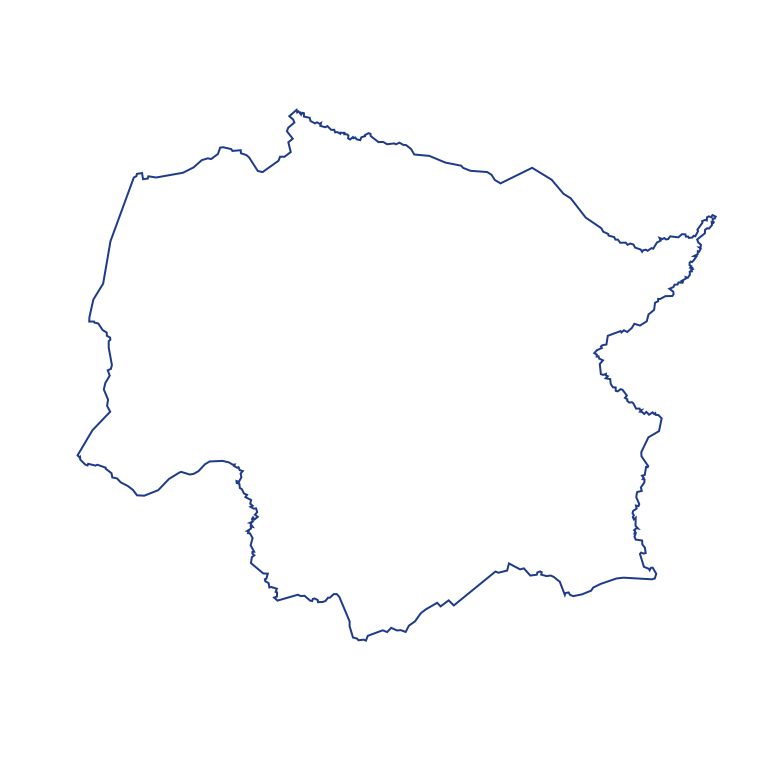 Mueang Udon Thani, Udon Thani, Thailand (Robinson projection), rotated 279°
{"feature_id": "78962969B37195167988634", "entity_name": "Mueang Udon Thani", "entity_type": "district", "adm_level": 2, "iso_a3": "THA", "parent_name": "Thailand", "parent_adm1": "Udon Thani", "projection": "robinson", "projection_center": [102.8, 17.39], "detail": "fine", "context": "isolated", "style": "outline", "palette": "blue", "viewbox_px": 768, "rotation_deg": 279, "n_neighbors": 0, "source": "geoboundaries", "source_scale": "gbopen_adm2", "svg_char_len": 6129}
<svg xmlns="http://www.w3.org/2000/svg" viewBox="0 0 768 768"><g transform="rotate(279 384 384)"><path d="M235.4,157.5L236.2,164.7L243.8,177.6L256.6,186.5L264.6,195.8L265.5,197.5L264.2,206.3L265.5,210.1L268.9,214.4L276.7,219.7L280.2,223.9L282.8,236.6L282.3,243.1L280.6,247.4L281.1,249.1L279.6,248.6L278.3,252.1L279.1,253.3L276.4,254.9L275.9,258.1L273.2,256.4L269.5,257.7L264.7,256.0L265.1,253.5L263.2,254.0L262.9,256.7L258.7,257.9L257.9,260.0L254.0,262.8L253.1,266.1L250.6,264.8L248.6,270.9L244.8,270.6L243.2,273.3L241.8,271.3L240.5,274.7L241.1,277.1L237.6,278.8L234.7,277.0L233.0,280.1L229.9,277.2L231.8,275.5L229.9,274.7L227.7,276.0L226.0,273.4L226.0,274.7L225.0,274.1L222.4,276.6L222.6,274.7L220.5,275.3L217.4,271.9L217.3,273.4L215.4,273.0L215.4,275.1L211.3,278.3L203.8,277.5L198.0,282.0L197.5,280.3L196.0,280.5L194.5,282.7L192.3,280.6L186.3,280.6L178.0,294.4L178.5,298.9L173.2,298.2L172.5,296.9L170.6,297.6L169.3,301.2L165.1,302.6L165.9,304.4L165.0,310.2L161.7,309.5L161.4,311.0L157.3,311.5L155.9,308.9L153.4,312.7L162.4,331.9L161.5,335.0L162.4,338.6L158.4,345.1L158.4,347.0L160.6,347.3L161.3,349.1L160.2,352.4L158.2,353.0L159.1,357.4L160.4,360.0L164.2,362.2L164.5,364.0L168.6,367.2L169.1,370.2L166.7,373.2L144.1,387.2L139.4,387.9L128.8,393.0L128.3,397.3L126.9,398.8L128.3,404.0L127.7,406.3L132.8,407.4L140.5,421.2L139.5,425.9L144.3,429.3L142.6,435.4L143.5,439.0L142.5,444.2L149.2,446.4L154.5,451.8L163.5,456.3L168.0,460.6L176.2,470.8L173.2,474.7L180.4,481.7L176.2,487.6L216.2,523.4L215.5,526.6L219.0,534.8L226.3,535.5L222.2,547.4L223.8,551.0L217.7,558.5L219.5,564.7L221.9,565.0L223.3,567.5L222.7,569.2L220.3,569.1L219.7,574.7L220.9,578.6L220.0,581.9L216.1,588.6L204.0,595.6L205.9,595.9L207.0,598.9L204.8,600.8L204.1,604.1L207.2,612.5L212.3,620.9L215.7,622.5L220.6,629.5L228.3,644.1L230.2,651.0L233.0,679.2L234.3,681.9L239.1,682.6L244.6,678.1L244.2,676.4L241.6,675.5L242.9,674.5L244.1,669.3L256.2,663.4L257.7,664.3L257.1,667.1L258.0,668.9L263.1,667.3L265.9,664.3L269.8,663.4L269.7,656.9L272.3,655.3L275.9,656.0L275.6,654.8L277.9,655.1L278.8,653.9L281.2,656.0L281.1,657.4L283.3,654.6L291.3,653.5L289.4,651.9L291.5,650.6L293.5,651.3L295.2,649.7L297.6,649.9L300.5,653.0L303.3,651.9L303.2,654.5L305.3,654.9L311.6,650.9L315.5,650.8L317.0,651.1L318.7,655.3L322.0,653.9L327.5,656.5L330.2,656.3L330.5,654.5L331.8,655.3L333.8,653.2L335.0,655.8L343.1,655.8L343.0,657.4L344.2,657.8L352.9,649.6L357.0,648.8L372.7,653.5L380.5,663.0L393.5,663.6L396.3,659.8L396.0,657.2L397.7,656.5L396.7,655.3L398.0,653.7L395.1,650.6L397.5,647.5L395.1,645.7L396.8,643.2L396.7,641.3L398.5,642.4L398.0,641.3L399.7,640.3L399.1,636.8L403.9,633.3L404.8,631.7L404.0,629.2L405.5,626.8L407.0,626.7L408.0,624.2L410.6,625.7L415.6,620.5L415.9,618.5L413.3,616.0L413.5,614.0L416.9,613.3L416.5,610.7L419.6,607.9L424.2,606.7L424.3,602.1L426.7,603.8L427.3,601.7L428.7,601.6L427.3,599.1L427.6,596.7L437.5,594.0L441.6,596.6L442.8,592.5L444.9,591.5L444.4,589.8L446.3,589.6L447.4,586.9L450.7,589.0L453.6,593.5L455.0,592.4L456.4,593.6L457.8,597.5L466.6,597.5L473.3,609.4L472.1,610.5L474.6,612.6L473.4,616.1L478.1,620.0L482.6,621.8L481.8,627.7L487.0,633.7L494.1,634.4L499.5,639.2L506.7,639.0L508.6,641.8L511.0,641.5L511.1,643.4L514.8,648.2L516.0,655.0L518.0,656.0L520.4,655.3L522.7,651.0L525.0,654.7L527.5,655.4L528.2,658.4L530.4,659.0L530.7,663.0L532.0,663.2L532.4,661.9L535.4,665.7L536.8,665.2L536.4,667.4L539.7,669.0L542.8,668.4L543.4,670.4L544.6,669.6L545.7,671.0L546.2,669.7L546.9,671.3L546.8,668.3L548.4,669.1L549.2,667.2L551.8,666.9L552.9,667.8L552.6,669.2L555.2,670.9L558.8,672.6L558.8,670.1L561.2,673.5L564.2,673.2L563.8,674.4L567.1,675.7L568.2,673.9L568.4,675.3L571.1,675.3L573.0,672.2L575.7,670.7L583.1,677.4L586.4,676.9L588.4,678.8L588.3,680.6L592.3,683.1L594.9,682.4L594.6,684.1L595.5,684.3L595.9,683.0L598.9,682.9L599.2,684.8L601.2,685.4L602.2,682.0L599.9,681.0L600.4,678.6L599.2,677.0L596.0,677.2L596.3,675.5L594.6,672.7L593.1,673.3L585.4,669.4L584.1,670.3L578.6,668.3L578.8,666.6L576.9,665.6L576.0,662.2L577.2,661.3L576.8,659.1L578.9,658.3L578.6,654.9L574.9,651.8L574.6,643.6L571.6,642.0L570.9,639.8L572.0,638.0L570.7,636.2L571.3,633.3L568.9,634.9L566.5,631.5L559.7,628.7L560.1,627.0L556.8,623.5L557.6,621.6L556.6,619.0L555.0,618.3L557.0,616.3L558.0,610.7L560.7,608.6L561.3,605.5L559.6,602.7L561.4,600.7L560.5,595.2L563.2,592.4L562.8,590.0L565.1,588.4L565.7,582.6L567.3,581.9L568.7,576.7L571.9,574.2L579.9,557.2L596.6,539.4L599.9,531.6L612.0,517.6L620.7,496.5L600.4,467.7L602.8,461.6L607.5,457.4L609.5,452.8L608.1,436.1L609.8,428.4L611.7,426.1L612.3,410.0L616.4,393.0L615.4,378.0L620.3,374.0L623.4,368.5L623.2,365.6L624.8,361.6L622.6,358.2L623.2,356.4L621.3,349.6L622.9,345.4L622.1,340.6L626.8,332.1L629.0,331.5L629.3,329.4L626.8,326.2L625.8,326.5L624.2,323.1L621.1,322.4L621.4,318.7L623.0,316.9L622.0,315.4L623.0,314.7L620.2,312.2L621.0,310.1L623.8,310.0L624.8,308.4L624.5,305.7L625.9,305.7L625.3,301.4L624.4,301.5L625.5,298.5L624.9,296.3L627.3,295.1L626.8,292.0L629.9,287.7L628.4,285.9L629.0,280.7L631.8,280.9L630.8,279.9L632.0,276.9L630.6,275.0L632.3,270.2L635.3,269.0L635.6,263.1L638.9,262.6L639.1,261.2L637.8,260.4L639.7,258.5L638.0,259.0L639.9,256.9L638.7,255.8L641.1,254.8L633.7,248.6L631.0,252.9L628.2,254.6L622.1,249.3L618.4,248.6L612.0,255.5L607.8,251.7L598.5,255.6L592.9,250.2L592.2,245.8L588.0,244.9L574.3,230.9L574.7,226.0L586.8,215.2L588.6,212.2L589.5,206.6L592.5,205.9L590.5,197.8L592.1,196.4L592.7,187.9L591.8,185.2L585.2,184.0L579.2,178.1L579.3,174.6L576.6,169.0L568.2,162.1L561.2,152.4L552.3,126.6L552.3,118.8L550.0,118.6L548.6,114.0L554.5,112.0L552.9,107.1L550.5,106.9L548.8,104.6L482.2,91.5L439.2,90.9L421.9,83.7L403.8,82.6L399.6,83.1L400.3,87.9L399.3,88.5L399.1,92.3L393.3,97.6L391.4,102.1L388.3,102.7L387.0,106.2L384.9,106.8L383.2,105.4L376.6,106.5L360.1,112.3L356.2,111.9L354.3,109.0L349.4,111.8L341.4,108.6L334.8,108.1L325.4,113.9L319.1,113.9L313.8,117.9L292.8,103.3L265.6,92.5L264.1,94.4L264.7,95.1L261.8,95.8L257.7,101.5L257.2,103.9L258.9,104.3L258.3,111.7L259.4,113.6L257.8,122.2L256.7,122.4L253.3,128.8L249.2,130.3L249.0,135.0L245.7,139.3L243.1,147.1L240.1,152.6L235.4,157.5Z" fill="none" stroke="#1e3a8a" stroke-width="2"/></g></svg>